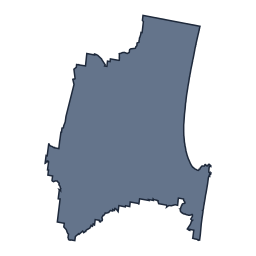 outline of Noosa, Queensland, Australia
{"feature_id": "25037944B90533392045393", "entity_name": "Noosa", "entity_type": "district", "adm_level": 2, "iso_a3": "AUS", "parent_name": "Australia", "parent_adm1": "Queensland", "projection": "equal_earth", "projection_center": [153.049, -26.318], "detail": "fine", "context": "isolated", "style": "filled", "palette": "slate", "viewbox_px": 256, "rotation_deg": 0, "n_neighbors": 0, "source": "geoboundaries", "source_scale": "gbopen_adm2", "svg_char_len": 5619}
<svg xmlns="http://www.w3.org/2000/svg" viewBox="0 0 256 256"><path d="M57.3,222.0L64.3,223.3L63.8,226.9L66.3,229.7L67.2,232.3L67.8,233.5L68.5,234.1L68.0,237.6L68.4,238.4L68.5,239.3L68.9,239.8L70.2,240.2L70.7,239.9L74.8,240.6L75.4,236.5L78.6,233.7L79.0,234.3L82.7,231.1L83.7,232.7L84.4,232.2L85.1,231.5L85.7,231.5L85.9,231.1L85.8,230.6L87.1,229.5L87.5,229.5L88.3,228.8L88.5,228.9L89.9,228.0L90.1,227.3L90.8,226.7L90.7,226.3L91.1,225.3L92.5,226.2L93.2,223.8L93.5,223.9L93.4,224.3L93.5,224.4L94.5,225.0L95.2,219.6L99.3,220.3L99.5,221.7L100.4,221.9L100.4,221.3L102.2,220.6L102.4,219.4L101.9,217.5L102.1,217.1L102.7,216.2L103.0,215.4L103.7,215.4L105.0,213.7L105.2,213.0L106.6,213.1L107.9,212.7L108.3,212.4L108.7,212.5L110.3,210.5L110.7,210.5L111.3,210.8L112.7,211.0L112.7,209.5L114.5,210.4L114.8,208.4L115.2,208.4L115.7,209.0L115.9,209.0L116.7,209.5L117.2,210.5L117.8,210.9L117.8,211.2L118.1,211.6L118.9,205.6L125.3,206.9L125.4,206.2L125.5,205.7L129.7,206.6L130.2,202.0L138.7,203.5L138.7,203.9L138.9,203.9L139.6,198.8L149.0,200.5L148.6,199.5L153.1,200.4L152.9,199.9L153.1,198.9L153.7,199.6L157.0,200.3L157.2,200.6L158.0,200.7L158.0,201.5L158.7,203.7L166.4,205.1L166.8,206.4L166.6,207.1L168.7,205.6L170.1,205.6L171.2,205.8L175.2,204.7L177.6,205.3L178.0,201.7L177.9,201.7L178.4,198.1L178.5,198.1L183.5,199.0L183.6,199.5L183.7,200.5L184.7,201.8L185.0,202.9L184.9,203.2L184.3,203.3L183.9,203.6L183.4,203.5L183.2,203.6L182.5,203.9L182.0,204.6L181.9,205.4L181.6,205.7L181.4,205.9L181.2,206.6L180.7,207.8L180.5,209.0L180.3,209.1L180.2,209.1L180.4,209.3L180.3,209.9L180.4,211.1L181.0,212.0L182.0,212.9L182.3,213.1L182.6,213.0L183.0,213.5L183.5,213.8L184.8,214.1L185.0,213.9L185.5,214.3L186.4,214.7L187.2,214.8L188.4,215.2L189.3,215.3L190.3,215.1L191.6,214.7L192.0,214.4L192.5,214.9L192.4,216.4L190.8,219.1L191.7,220.2L192.5,220.3L191.4,221.5L190.4,224.3L187.4,228.8L187.8,228.9L187.6,229.2L189.1,230.2L189.8,230.4L189.8,229.4L193.8,230.2L192.8,237.9L192.7,238.3L193.0,238.4L193.3,238.3L194.3,238.8L196.9,239.3L197.3,239.5L198.1,240.2L198.3,240.3L198.7,239.9L198.8,240.0L199.6,240.1L200.3,234.8L201.3,223.7L202.0,218.5L202.1,217.8L202.0,217.5L202.2,217.1L203.0,211.7L203.0,211.0L202.8,210.7L203.0,210.7L203.4,208.8L203.5,208.3L203.7,206.3L204.3,203.2L204.2,202.9L204.3,202.7L204.5,202.0L204.8,200.0L205.0,199.0L205.6,194.8L205.9,193.7L206.4,190.9L207.6,183.7L208.4,177.7L208.8,176.3L208.9,176.1L209.7,176.4L209.7,176.2L209.6,175.9L209.5,175.7L209.5,175.3L209.7,175.0L209.7,174.8L209.5,174.5L209.6,174.3L210.5,174.4L210.6,174.1L210.3,173.8L210.4,173.6L210.8,173.7L210.9,173.1L210.6,173.2L210.2,173.1L209.9,173.0L209.9,172.7L209.8,172.8L209.7,172.5L209.3,172.5L209.1,172.5L208.9,172.3L208.8,171.2L209.0,168.6L209.2,167.2L209.4,166.6L209.7,166.6L210.0,166.4L210.6,166.5L210.4,166.0L210.8,166.3L210.9,166.0L210.8,165.7L209.0,164.2L208.8,164.4L208.8,164.8L208.2,164.9L208.1,165.0L207.9,165.1L207.7,165.7L207.1,166.0L206.5,165.7L206.0,165.1L205.9,165.0L205.6,164.7L205.3,164.5L205.0,164.6L205.0,164.8L204.9,164.8L204.7,165.7L204.4,166.0L203.9,166.1L203.3,166.0L202.0,166.0L201.9,166.2L201.4,166.6L200.8,167.4L200.2,168.0L200.1,168.7L199.9,169.0L199.7,169.2L199.1,169.2L198.9,169.8L198.5,170.4L198.4,170.4L197.6,170.3L196.4,169.7L195.5,169.1L195.6,168.7L195.4,169.1L195.0,169.0L192.8,167.1L192.6,167.2L191.2,165.0L190.3,163.3L189.5,161.4L189.1,160.4L188.4,159.0L187.1,155.2L186.1,151.4L185.9,151.0L185.8,149.8L185.3,146.9L184.9,145.8L185.0,145.4L184.5,142.4L184.4,142.0L184.3,141.9L184.4,141.4L184.0,137.0L183.9,136.0L183.7,135.7L183.8,135.3L183.7,131.5L183.7,124.9L183.9,122.8L184.5,113.9L185.1,108.9L185.4,105.3L185.5,103.5L185.9,101.4L186.1,99.1L186.6,95.0L187.8,87.6L187.8,87.2L188.8,81.7L189.5,76.9L189.7,76.7L189.7,76.1L190.0,74.4L190.3,72.9L190.4,72.5L190.8,69.9L192.3,62.6L192.3,62.3L192.6,61.3L192.6,60.6L193.2,58.2L194.7,50.3L194.8,49.8L194.8,49.5L195.3,47.0L195.6,46.2L195.6,45.7L195.9,44.5L195.9,44.3L196.1,44.1L196.0,43.8L196.1,43.3L197.4,37.6L198.3,33.7L198.7,32.2L198.8,31.5L199.2,30.0L199.3,29.1L199.6,28.1L199.6,27.8L200.0,26.3L143.0,15.4L142.4,20.4L143.4,21.6L142.1,32.6L141.0,32.4L140.7,34.6L140.0,36.9L139.5,37.9L139.4,38.6L139.4,39.4L139.0,40.8L139.0,42.2L138.7,42.4L137.2,42.9L137.0,43.1L136.9,45.5L136.7,46.0L136.0,46.5L135.8,46.8L135.6,47.8L135.3,48.3L130.9,48.8L130.4,49.1L129.7,49.6L129.5,50.1L129.3,52.3L129.2,52.5L127.2,53.5L124.4,52.4L122.3,52.6L121.0,53.3L119.8,53.5L119.2,53.7L119.4,54.9L119.3,56.1L119.4,56.7L119.2,57.2L119.5,57.7L119.3,58.5L119.4,58.9L119.3,59.4L119.3,60.3L119.0,60.4L110.4,58.9L110.1,61.6L107.5,61.1L106.9,66.4L104.6,66.0L105.2,64.8L101.8,59.6L101.6,59.0L97.7,55.3L95.9,54.4L94.6,54.0L94.7,55.0L86.8,53.5L85.5,65.9L79.4,65.0L78.8,64.6L78.5,64.8L76.6,64.5L76.3,67.3L73.9,69.2L75.1,78.7L74.4,79.1L73.9,79.0L72.8,79.3L74.0,84.5L66.0,116.3L65.2,122.0L63.7,125.8L63.4,127.8L62.0,128.1L61.5,132.2L60.9,132.2L59.9,139.9L59.8,140.0L58.8,148.6L54.4,147.8L54.4,147.5L54.0,147.6L53.4,147.4L53.2,147.2L52.9,147.0L51.9,146.4L51.0,146.2L50.0,145.7L49.9,145.4L49.3,145.1L49.2,144.1L48.7,144.0L47.2,155.7L47.1,155.9L46.4,155.5L46.1,155.4L45.1,163.3L45.6,163.1L45.7,162.9L45.7,162.2L46.1,161.7L46.5,162.0L46.9,161.7L47.5,161.9L47.8,161.3L47.8,161.1L47.6,161.1L47.4,161.3L47.2,161.3L47.0,161.1L47.7,160.9L48.4,161.5L48.6,161.8L47.5,169.9L48.5,170.0L47.9,175.1L52.6,176.0L52.0,180.4L52.4,181.1L53.7,181.7L54.2,181.3L55.6,180.9L57.3,181.1L58.2,182.4L59.2,183.2L59.2,183.8L58.9,184.2L59.2,185.3L60.0,186.2L60.2,186.8L60.4,188.1L60.8,188.7L60.5,189.0L60.5,189.8L60.6,190.8L59.7,189.9L59.1,189.6L59.3,190.0L58.2,198.8L59.2,199.0L60.1,199.0L57.3,222.0Z" fill="#64748b" stroke="#1e293b" stroke-width="1.5"/></svg>